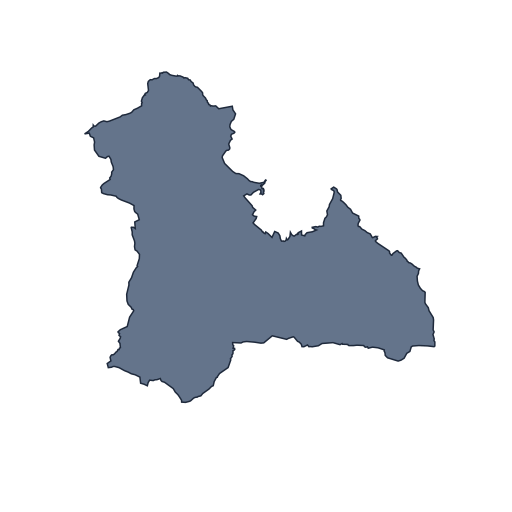 outline of Atid, Harghita, Romania, rotated 103°
{"feature_id": "2599482B64180314923929", "entity_name": "Atid", "entity_type": "district", "adm_level": 2, "iso_a3": "ROU", "parent_name": "Romania", "parent_adm1": "Harghita", "projection": "mercator", "projection_center": [25.009, 46.469], "detail": "fine", "context": "isolated", "style": "filled", "palette": "slate", "viewbox_px": 512, "rotation_deg": 103, "n_neighbors": 0, "source": "geoboundaries", "source_scale": "gbopen_adm2", "svg_char_len": 6115}
<svg xmlns="http://www.w3.org/2000/svg" viewBox="0 0 512 512"><g transform="rotate(103 256 256)"><path d="M175.6,450.5L173.8,446.1L176.6,444.3L177.4,440.8L181.3,438.9L184.2,438.7L189.1,437.2L194.2,431.5L194.6,424.6L192.5,423.1L191.8,421.7L194.5,419.1L196.9,418.2L201.1,415.3L204.0,414.3L206.8,415.5L208.2,415.1L210.7,415.1L212.9,416.1L214.2,415.3L219.5,420.4L221.4,421.8L224.1,422.8L224.5,422.8L225.5,421.7L229.0,420.6L229.5,418.7L229.7,414.5L229.2,411.4L229.2,405.7L230.2,404.6L230.9,403.1L231.7,399.9L232.9,391.1L234.3,386.2L237.6,385.5L239.8,384.3L240.6,383.3L241.8,380.7L246.9,377.9L250.1,381.8L256.4,379.8L255.6,381.8L256.0,383.9L256.4,384.0L260.4,382.0L263.2,381.4L268.6,377.8L270.8,376.9L274.2,376.5L277.2,375.2L278.0,373.0L280.6,369.9L284.8,369.1L292.1,369.7L292.9,369.0L294.3,370.0L299.4,371.8L305.2,372.4L310.1,374.0L312.9,373.3L322.4,373.4L328.8,371.6L331.9,369.6L334.1,366.0L335.6,365.0L335.8,363.6L336.9,362.8L344.0,365.4L353.7,365.6L358.3,371.6L360.9,373.4L361.6,373.0L362.2,371.5L364.2,371.6L365.1,369.8L366.8,369.8L370.0,370.9L371.7,368.9L375.8,367.5L376.5,368.3L378.0,368.4L378.2,369.4L380.3,369.9L381.1,370.8L383.3,371.9L384.4,373.0L384.8,374.4L385.9,375.0L387.5,375.4L390.9,373.8L394.2,376.8L398.0,374.8L396.9,371.8L395.8,370.4L395.4,368.8L395.6,364.3L397.3,358.3L397.9,354.3L398.8,351.1L398.9,347.0L400.1,341.9L405.9,339.8L406.1,336.3L406.9,332.7L403.6,332.6L400.9,331.7L400.5,328.1L399.4,326.7L398.8,324.7L396.9,321.7L398.6,320.6L399.4,319.4L399.6,316.7L403.8,306.8L406.7,304.1L408.6,301.0L410.2,299.2L413.3,296.1L415.1,295.6L414.5,291.8L412.7,288.3L411.9,287.2L408.6,284.9L407.5,283.6L406.6,281.3L405.9,280.8L404.7,278.3L402.0,277.0L396.1,271.8L393.1,270.0L392.0,268.5L387.8,268.5L383.4,267.3L382.8,266.4L382.0,266.4L378.7,265.1L371.0,258.1L362.9,257.2L362.0,257.8L359.3,256.7L357.8,257.2L356.4,256.5L353.3,257.1L352.7,256.2L351.8,255.7L350.8,256.1L351.0,257.6L348.4,257.6L347.7,258.7L345.6,259.3L344.1,251.0L342.6,249.2L341.4,245.9L340.3,238.2L339.8,231.6L338.9,228.9L330.1,222.2L330.3,207.4L329.0,205.9L326.3,201.5L326.6,200.5L329.8,196.3L330.2,194.4L331.8,192.0L334.0,190.8L333.6,188.9L331.1,185.8L332.5,184.0L332.1,183.1L331.8,180.8L329.4,175.0L326.4,172.0L323.1,161.5L323.5,154.2L321.9,152.4L322.5,151.8L321.5,146.7L322.1,146.2L322.4,145.3L321.3,140.7L320.2,137.6L319.0,130.9L320.0,129.8L320.2,128.6L319.4,126.9L320.6,125.9L318.6,122.0L318.0,116.4L318.6,109.9L319.7,109.8L321.2,108.6L323.8,107.7L325.6,104.9L326.4,93.9L324.9,91.3L322.3,88.7L316.9,87.2L314.4,84.6L309.7,84.3L308.5,83.2L306.6,77.2L305.0,68.6L304.3,62.1L303.5,61.5L299.5,62.4L298.4,63.6L296.7,63.7L292.7,65.9L289.9,65.4L288.1,66.8L278.4,68.6L276.1,69.5L270.4,75.1L267.6,76.5L264.6,80.0L263.3,81.0L253.4,83.0L252.8,83.8L252.3,86.0L250.5,88.6L247.7,91.3L244.1,93.1L239.5,94.5L236.5,93.8L233.9,94.2L231.7,93.7L231.6,96.1L230.8,97.5L230.4,99.3L228.7,102.3L228.1,104.1L228.1,105.8L227.3,106.7L227.1,107.5L226.3,107.9L224.6,110.0L224.0,111.4L220.5,115.2L220.4,117.2L219.0,119.2L219.4,120.2L222.7,123.0L224.7,123.8L224.8,124.3L223.1,126.5L221.8,126.8L221.1,127.5L216.2,140.4L214.9,142.8L214.2,143.1L212.0,141.5L211.2,141.8L210.3,143.2L209.8,142.7L210.0,144.1L211.9,146.4L211.9,146.8L208.8,149.6L208.1,153.1L206.8,155.6L206.0,158.9L204.0,161.6L204.2,162.9L203.0,163.6L201.0,163.7L197.7,162.8L197.0,163.1L196.2,164.3L194.0,164.9L192.4,171.6L189.2,174.4L187.8,177.6L185.8,179.9L183.9,183.0L183.0,184.9L182.9,185.8L182.3,186.3L180.7,186.0L177.8,187.0L175.3,190.9L172.9,192.1L172.4,192.9L171.4,195.8L173.7,197.9L174.2,197.5L174.8,195.1L175.7,194.3L176.7,194.1L182.9,194.2L189.3,196.0L191.5,195.8L196.2,197.1L199.8,195.6L202.3,196.3L203.7,197.3L208.4,197.7L211.4,197.0L212.5,199.2L212.8,201.1L213.9,202.3L213.9,204.4L215.4,207.7L216.1,207.4L216.1,206.4L217.0,204.3L217.1,203.0L219.7,206.5L221.8,211.5L224.1,212.9L225.4,213.0L225.3,216.3L221.4,217.3L223.7,220.0L224.6,220.5L225.0,219.8L225.7,220.2L225.9,221.5L227.9,223.1L228.0,224.1L227.2,226.0L225.2,227.8L229.3,227.3L232.8,228.6L233.3,229.2L232.1,230.3L233.5,230.2L235.1,231.1L235.5,232.1L235.2,232.8L235.8,234.2L235.5,234.8L233.6,236.2L230.9,237.3L228.6,239.6L227.9,243.3L234.3,244.6L231.4,249.3L230.4,251.9L232.2,252.2L231.6,254.0L230.8,254.8L231.0,255.2L229.5,256.7L225.7,264.4L224.4,266.3L219.5,264.3L217.4,264.2L217.6,266.6L216.6,268.7L213.4,267.9L211.3,266.6L209.4,270.2L207.9,271.1L201.7,279.8L200.2,281.5L197.5,278.8L198.1,276.3L197.7,274.7L194.5,272.8L190.6,268.5L190.6,266.3L192.8,265.5L194.6,266.0L194.3,264.4L194.8,263.4L194.6,263.2L193.4,262.4L192.0,263.2L191.4,262.8L190.1,263.5L189.9,263.1L188.6,264.0L188.9,264.9L188.7,265.5L187.1,266.0L187.0,267.0L186.2,267.3L185.4,266.7L185.8,265.8L183.1,263.9L181.5,263.9L180.0,263.2L179.7,263.6L180.2,264.0L182.4,264.8L184.4,269.1L184.7,274.7L184.4,276.6L184.7,277.8L184.0,279.8L182.7,281.7L180.6,286.1L179.6,291.1L180.2,294.2L178.9,297.7L172.9,307.4L167.7,311.1L166.0,311.2L160.5,309.0L159.6,308.2L159.0,306.6L157.5,305.7L156.3,305.9L153.0,307.8L149.0,306.9L147.4,305.6L144.9,307.6L142.9,307.3L141.3,305.1L140.3,304.5L139.6,304.9L138.4,308.8L136.1,310.6L133.9,310.9L130.4,310.3L127.8,308.4L122.1,307.9L118.8,311.4L115.4,312.8L120.9,325.4L118.8,329.0L119.6,331.6L119.6,333.1L120.1,334.1L119.3,334.6L119.0,336.2L117.9,336.6L117.2,337.9L115.6,338.5L115.1,339.5L113.5,340.7L111.6,343.6L110.7,344.3L109.1,344.7L108.0,345.9L104.8,351.0L104.8,352.8L104.4,353.9L103.3,355.3L101.6,356.2L100.6,358.5L99.3,359.7L99.4,361.4L98.2,362.5L98.2,365.4L98.8,366.2L98.1,367.3L97.6,370.6L98.0,372.3L97.7,373.1L98.4,373.2L98.7,374.0L98.9,378.8L98.6,381.3L98.0,381.8L96.9,384.6L97.8,387.6L98.8,388.2L98.6,388.8L99.2,389.6L99.4,390.8L102.5,390.4L104.0,390.9L105.5,392.9L106.0,395.0L107.7,396.9L108.0,398.7L110.1,400.2L112.3,400.3L118.9,398.0L121.1,398.7L122.4,400.4L123.7,400.8L124.0,400.2L124.8,401.2L127.3,402.3L130.9,402.5L132.2,401.4L133.1,401.8L135.4,401.2L138.7,404.8L141.0,407.9L144.0,409.5L145.1,410.7L147.5,414.6L148.9,417.9L151.0,419.6L157.7,429.4L158.7,431.5L158.6,434.7L160.1,437.1L161.8,439.0L165.6,441.5L165.9,443.1L165.1,444.0L167.0,443.7L168.2,444.9L172.3,447.4L175.6,450.5Z" fill="#64748b" stroke="#1e293b" stroke-width="1.5"/></g></svg>